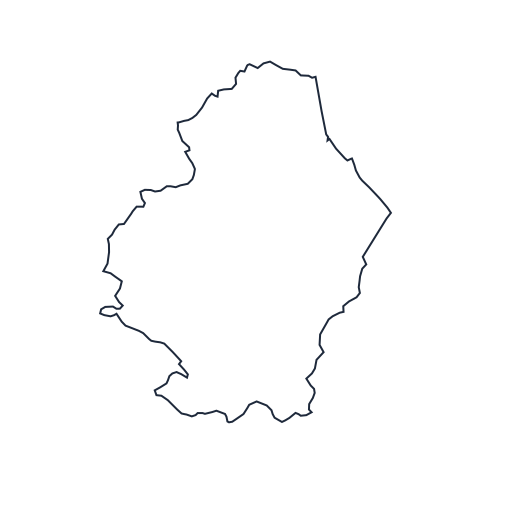 Kofinou, Larnaca, Cyprus (orthographic projection), rotated 45°
{"feature_id": "46923920B74621954972272", "entity_name": "Kofinou", "entity_type": "district", "adm_level": 2, "iso_a3": "CYP", "parent_name": "Cyprus", "parent_adm1": "Larnaca", "projection": "orthographic", "projection_center": [33.399, 34.838], "detail": "fine", "context": "isolated", "style": "outline", "palette": "slate", "viewbox_px": 512, "rotation_deg": 45, "n_neighbors": 0, "source": "geoboundaries", "source_scale": "gbopen_adm2", "svg_char_len": 2596}
<svg xmlns="http://www.w3.org/2000/svg" viewBox="0 0 512 512"><g transform="rotate(45 256 256)"><path d="M106.2,217.0L108.6,218.9L111.3,222.0L114.6,223.2L122.6,226.8L131.8,226.4L134.2,228.3L132.3,232.4L140.0,234.5L145.3,235.4L151.1,237.6L151.6,238.1L154.8,242.7L156.7,246.7L156.7,253.2L152.6,259.5L150.6,264.1L146.3,267.1L143.6,269.8L142.4,277.3L139.0,281.8L135.0,283.7L130.6,287.8L128.9,292.4L134.9,296.2L140.0,297.1L141.5,300.8L136.7,305.5L137.2,311.6L137.9,314.5L138.3,316.9L140.0,326.7L136.7,330.7L137.4,337.2L139.1,342.7L139.1,348.7L143.6,351.6L149.4,357.2L156.4,366.4L158.3,373.0L158.8,374.7L165.4,371.0L170.8,370.2L179.0,368.8L182.8,375.2L184.6,383.8L191.8,385.4L196.8,385.3L197.0,389.5L194.6,392.0L190.6,392.9L185.4,398.6L184.2,403.2L186.4,406.8L190.5,405.1L195.8,401.5L197.5,398.2L198.2,395.5L207.5,397.4L213.0,397.5L216.8,395.8L226.2,391.7L230.8,390.3L239.1,390.3L241.9,390.0L245.3,387.8L249.4,384.7L253.1,382.8L258.2,382.8L265.1,382.8L277.5,383.3L278.0,386.9L285.4,387.2L291.5,387.9L293.2,390.8L286.7,392.4L281.8,394.3L279.9,398.2L279.7,402.2L281.6,406.1L282.8,409.4L281.1,416.7L279.4,422.6L284.0,424.8L287.9,421.7L295.6,420.3L305.2,420.3L308.9,420.3L314.7,420.0L317.1,418.5L319.0,417.2L324.0,414.8L325.8,411.2L325.8,408.3L329.2,404.9L331.5,403.7L335.4,397.3L337.4,393.4L345.8,389.6L348.7,390.5L352.8,393.2L354.5,392.7L356.4,390.0L357.4,384.8L358.9,376.6L357.4,369.7L356.4,366.0L359.3,358.4L369.3,354.1L376.0,354.1L379.6,356.0L383.5,357.2L391.7,355.0L392.9,351.6L394.1,346.9L394.9,339.0L398.0,337.7L400.6,337.3L403.6,333.6L404.1,333.0L405.8,327.2L402.0,327.1L398.3,323.1L396.6,316.2L394.3,311.3L391.0,308.9L386.3,308.9L378.3,307.1L378.6,299.5L377.2,293.9L372.2,286.6L371.8,276.2L363.8,273.9L356.8,266.1L353.1,252.6L352.2,249.5L352.8,244.4L353.8,241.4L355.3,236.9L357.4,233.6L353.2,229.8L353.9,222.3L356.3,214.1L355.6,208.7L350.7,205.4L346.7,200.2L343.9,196.7L340.1,189.8L339.9,184.0L332.1,181.1L321.8,137.1L320.9,130.1L314.7,128.9L303.7,127.9L298.4,127.7L287.3,127.4L277.8,127.6L273.8,127.2L266.2,124.9L261.0,122.0L254.9,119.2L254.5,120.0L253.1,123.8L249.8,124.1L236.7,123.5L225.2,121.3L224.9,123.7L222.7,120.8L219.7,120.4L199.8,107.1L171.4,87.2L169.6,90.3L165.7,91.4L160.0,96.6L152.8,96.8L148.4,100.1L142.6,104.7L135.0,106.9L128.5,108.6L125.1,114.5L124.3,121.9L115.9,124.9L115.1,126.7L115.1,127.6L117.4,133.7L113.9,136.2L114.1,139.1L115.4,144.4L120.2,148.4L120.7,155.0L115.5,160.9L112.4,165.9L116.1,170.5L113.7,171.7L109.8,172.4L110.1,179.2L112.9,189.2L114.0,198.5L113.4,203.4L112.0,207.8L109.6,211.3L107.1,215.9L106.2,217.0Z" fill="none" stroke="#1e293b" stroke-width="2"/></g></svg>